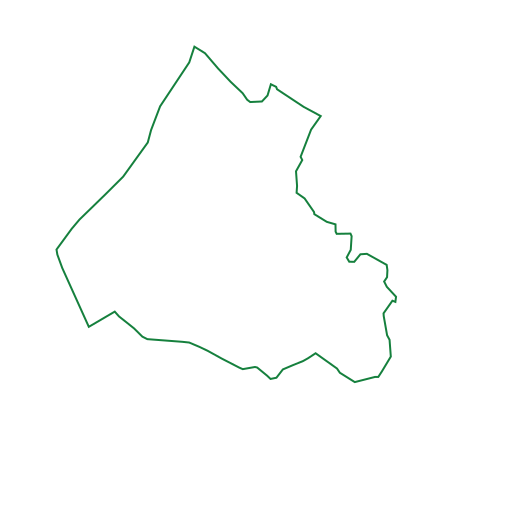 Belbédji, Zinder, Niger (orthographic projection), rotated 304°
{"feature_id": "23599985B37162587774633", "entity_name": "Belbédji", "entity_type": "district", "adm_level": 2, "iso_a3": "NER", "parent_name": "Niger", "parent_adm1": "Zinder", "projection": "orthographic", "projection_center": [7.925, 15.006], "detail": "fine", "context": "isolated", "style": "outline", "palette": "green", "viewbox_px": 512, "rotation_deg": 304, "n_neighbors": 0, "source": "geoboundaries", "source_scale": "gbopen_adm2", "svg_char_len": 1225}
<svg xmlns="http://www.w3.org/2000/svg" viewBox="0 0 512 512"><g transform="rotate(304 256 256)"><path d="M224.1,425.0L230.8,424.9L248.0,424.0L261.2,413.6L263.6,409.0L277.7,395.4L279.8,393.8L295.2,394.1L295.9,397.2L300.5,394.9L303.6,381.7L306.5,376.5L311.7,376.5L317.7,372.9L321.7,369.3L319.8,346.7L315.8,341.6L306.1,340.7L303.4,336.5L305.5,332.0L314.1,331.1L325.9,324.2L327.4,321.8L319.5,310.5L320.7,308.4L326.7,304.2L323.9,295.6L323.3,281.0L324.9,279.5L330.9,264.1L331.1,254.3L337.0,250.9L348.6,241.8L361.4,240.7L363.2,237.5L391.6,231.0L408.2,231.4L406.3,212.3L406.0,180.2L407.5,178.1L406.7,172.3L395.5,175.8L387.4,174.5L380.4,165.1L380.6,161.3L383.5,153.9L386.2,137.7L390.2,119.9L395.6,100.3L395.1,87.9L379.2,92.4L326.5,92.8L301.7,98.6L289.6,102.8L247.5,101.5L223.0,96.7L187.6,89.3L175.6,88.0L149.8,87.0L146.1,90.5L137.7,102.1L103.8,157.0L130.9,170.0L129.3,176.2L127.8,195.3L125.6,206.9L126.3,212.4L143.6,242.8L146.9,249.0L149.0,259.8L150.4,269.2L151.8,285.0L154.1,304.5L154.8,308.3L163.4,317.2L164.2,319.3L163.0,332.1L162.2,336.8L166.5,341.0L177.0,341.7L186.4,347.8L195.3,353.8L200.3,356.3L208.7,359.8L208.0,386.1L206.1,390.8L206.7,408.4L222.3,422.3L224.1,425.0Z" fill="none" stroke="#15803d" stroke-width="2"/></g></svg>